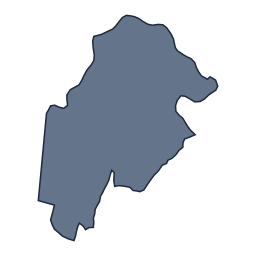 Aiquara, Bahia, Brazil
{"feature_id": "56859067B38822529234338", "entity_name": "Aiquara", "entity_type": "district", "adm_level": 2, "iso_a3": "BRA", "parent_name": "Brazil", "parent_adm1": "Bahia", "projection": "robinson", "projection_center": [-39.869, -14.097], "detail": "fine", "context": "isolated", "style": "filled", "palette": "slate", "viewbox_px": 256, "rotation_deg": 0, "n_neighbors": 0, "source": "geoboundaries", "source_scale": "gbopen_adm2", "svg_char_len": 1590}
<svg xmlns="http://www.w3.org/2000/svg" viewBox="0 0 256 256"><path d="M210.0,76.8L207.5,79.2L201.4,75.9L198.6,71.8L196.4,67.6L194.7,62.5L190.9,58.6L186.9,56.8L182.9,54.5L177.5,50.8L175.3,47.6L174.2,42.5L173.4,38.8L171.1,34.1L169.0,31.0L166.5,27.6L162.9,24.8L158.5,24.4L152.4,25.2L147.7,24.2L142.7,21.3L138.7,18.4L134.2,16.6L130.2,15.8L126.3,15.4L122.3,17.6L118.3,22.6L115.4,26.4L112.6,29.1L106.4,32.0L101.7,34.3L97.6,35.4L93.8,36.4L92.7,41.1L93.2,47.9L94.3,55.1L93.8,60.7L91.1,65.0L86.9,70.1L83.9,75.7L81.8,80.3L79.0,85.0L74.9,87.2L70.3,89.7L66.9,95.0L66.9,99.6L67.6,105.4L63.8,108.3L59.1,107.2L54.8,105.2L50.6,105.8L48.5,110.0L46.5,113.4L38.3,200.6L54.4,205.1L52.9,211.6L50.6,219.8L52.2,224.7L54.5,229.3L58.1,232.2L62.4,236.1L68.2,238.8L74.0,240.6L75.5,236.1L76.5,231.2L77.7,226.6L79.4,223.1L83.3,226.2L85.6,229.7L88.9,227.6L93.4,227.4L93.8,222.6L93.4,218.0L94.7,214.2L95.2,209.3L97.2,205.5L99.6,201.4L100.5,196.3L102.8,192.2L104.6,188.4L106.4,185.2L108.8,180.2L109.8,176.1L111.7,170.3L114.2,172.6L114.0,176.7L113.8,180.9L114.7,186.4L118.9,185.6L124.2,186.2L129.7,187.2L133.1,190.5L136.5,190.9L139.8,191.7L143.8,190.0L147.6,184.2L150.8,179.6L154.0,175.3L158.3,171.0L162.3,165.2L166.5,163.5L168.0,160.1L171.9,158.4L176.0,154.6L178.9,150.5L182.9,147.2L182.9,143.1L184.6,139.0L189.4,137.2L195.2,134.7L190.2,129.9L187.3,125.8L184.8,121.7L182.9,118.4L179.4,115.5L175.9,111.4L175.5,105.8L177.2,100.5L180.9,95.8L185.3,96.3L190.0,99.0L194.8,101.9L200.2,101.5L204.5,99.0L208.7,94.9L212.3,92.5L215.8,90.2L217.7,86.2L215.6,80.1L210.0,76.8Z" fill="#64748b" stroke="#1e293b" stroke-width="1.5"/></svg>